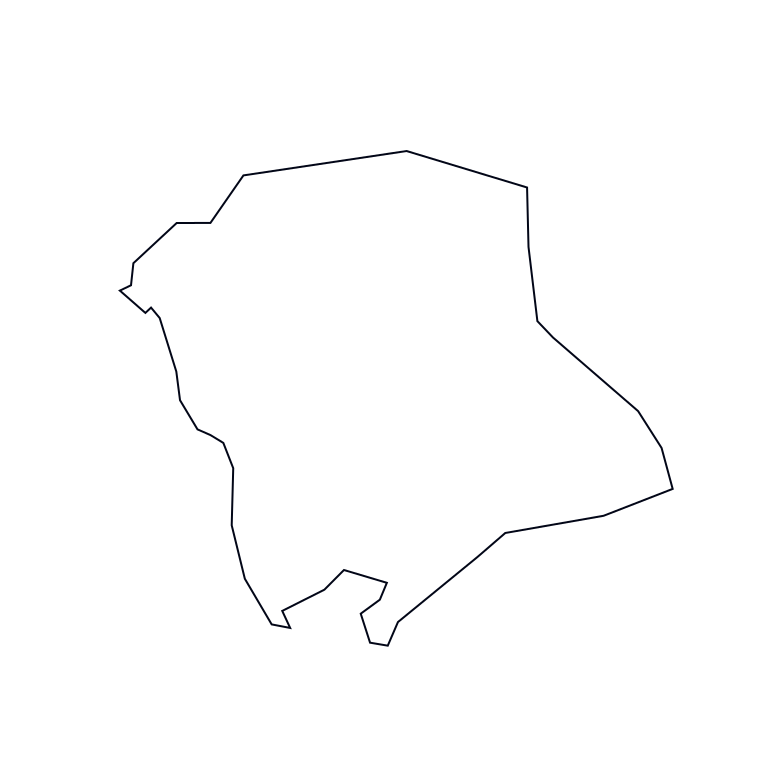 outline of Schoharie, New York, United States of America, rotated 145°
{"feature_id": "52423323B40222754422720", "entity_name": "Schoharie", "entity_type": "district", "adm_level": 2, "iso_a3": "USA", "parent_name": "United States of America", "parent_adm1": "New York", "projection": "natural_earth1", "projection_center": [-74.351, 42.592], "detail": "fine", "context": "isolated", "style": "outline", "palette": "ink", "viewbox_px": 768, "rotation_deg": 145, "n_neighbors": 0, "source": "geoboundaries", "source_scale": "gbopen_adm2", "svg_char_len": 646}
<svg xmlns="http://www.w3.org/2000/svg" viewBox="0 0 768 768"><g transform="rotate(145 384 384)"><path d="M600.8,238.0L597.5,256.5L550.8,249.7L523.5,254.6L495.7,219.5L511.1,209.7L534.8,209.2L543.8,180.1L531.0,167.5L509.1,181.0L406.6,188.7L370.1,192.4L279.7,150.1L207.7,132.5L193.3,172.4L191.4,216.0L218.9,325.1L222.3,347.5L187.0,413.4L154.1,462.9L231.9,561.9L379.5,635.5L433.8,615.5L461.5,634.8L520.0,626.7L534.6,610.0L546.8,612.0L538.7,579.1L531.0,580.2L529.9,566.7L547.0,513.3L560.4,487.7L562.8,453.8L555.4,441.6L549.4,427.9L555.8,401.5L589.8,355.6L609.7,304.3L613.9,251.5L600.8,238.0Z" fill="none" stroke="#020617" stroke-width="2"/></g></svg>